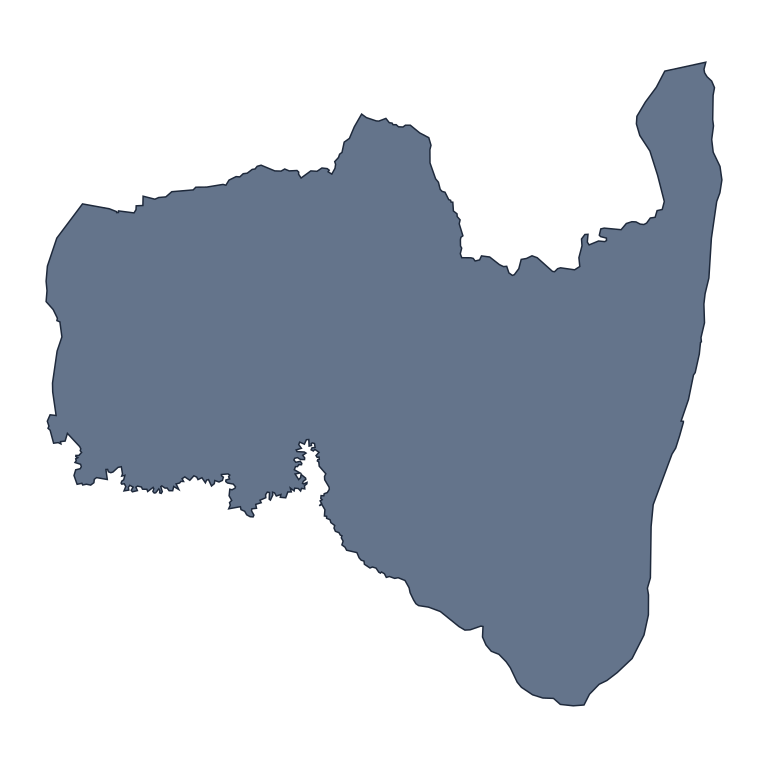 Nong Ruea, Khon Kaen, Thailand
{"feature_id": "78962969B72555915440890", "entity_name": "Nong Ruea", "entity_type": "district", "adm_level": 2, "iso_a3": "THA", "parent_name": "Thailand", "parent_adm1": "Khon Kaen", "projection": "albers", "projection_center": [102.4, 16.491], "detail": "fine", "context": "isolated", "style": "filled", "palette": "slate", "viewbox_px": 768, "rotation_deg": 0, "n_neighbors": 0, "source": "geoboundaries", "source_scale": "gbopen_adm2", "svg_char_len": 6072}
<svg xmlns="http://www.w3.org/2000/svg" viewBox="0 0 768 768"><path d="M705.8,62.2L664.8,71.1L656.3,87.3L645.4,102.0L636.9,116.3L636.4,123.9L639.8,135.5L649.9,151.0L657.6,175.3L664.3,201.5L662.2,209.5L657.1,210.6L655.1,217.3L650.3,218.0L646.6,223.1L643.9,224.5L640.2,224.1L636.0,221.9L631.9,221.7L626.3,223.5L621.1,229.7L604.2,228.1L600.8,228.9L599.3,235.2L600.6,236.6L606.4,238.1L606.5,240.5L604.8,241.6L598.5,241.0L589.1,244.9L587.3,242.1L588.0,234.3L584.9,234.5L581.5,239.0L582.0,245.8L578.9,257.7L579.8,266.5L574.6,269.8L560.5,267.8L557.6,268.7L554.6,271.7L552.5,271.4L537.2,257.7L532.0,255.8L526.4,258.5L521.2,259.4L518.8,268.7L514.3,274.7L512.4,275.4L508.9,272.9L506.7,266.3L503.5,266.6L499.4,264.6L489.7,257.0L481.5,255.9L479.6,259.9L475.1,261.0L473.2,258.4L470.9,257.8L461.7,257.7L460.3,253.7L461.7,248.1L460.5,246.0L460.4,239.8L460.9,237.3L462.9,235.8L459.2,223.8L460.1,219.9L457.2,216.6L457.0,213.8L453.4,211.0L452.8,202.2L451.1,202.1L450.6,200.3L448.7,199.6L445.0,192.2L442.1,191.4L440.2,189.4L438.4,182.2L435.6,178.8L430.0,162.9L429.9,149.7L431.0,145.3L428.8,137.7L419.7,132.9L410.3,125.2L405.4,125.2L403.0,127.0L398.5,126.8L396.2,124.7L393.0,124.7L392.1,123.1L389.3,122.7L385.9,118.4L378.8,121.1L376.2,120.9L366.4,117.6L361.6,114.1L354.3,126.8L349.4,138.4L344.2,142.1L342.0,152.4L339.6,154.2L338.5,157.5L334.7,161.6L335.6,164.3L335.0,168.3L331.8,174.1L328.1,171.8L329.2,170.2L327.2,168.6L321.9,168.0L317.0,171.3L310.8,170.9L301.1,178.0L298.6,174.2L298.7,172.1L297.0,170.5L289.2,170.9L284.7,169.0L281.1,171.1L274.8,170.9L261.1,165.2L257.2,166.3L255.0,169.0L252.2,169.4L247.2,173.2L243.2,173.7L239.8,176.9L236.1,176.6L229.0,180.1L225.9,185.2L223.0,184.4L206.6,187.1L195.8,187.2L193.2,189.9L171.8,191.7L165.8,196.9L158.7,197.5L154.9,199.2L143.1,196.2L142.9,205.5L136.2,205.8L136.0,209.7L134.0,212.9L118.5,210.9L118.4,212.5L116.6,212.6L116.5,211.6L109.4,208.8L82.5,203.9L56.8,238.1L47.4,266.1L46.1,281.2L47.0,290.7L46.1,301.6L53.2,309.6L57.4,318.2L56.9,320.6L59.9,321.9L61.9,336.9L57.1,351.1L52.5,383.1L52.7,391.9L56.1,415.5L50.1,414.8L47.3,421.2L48.9,426.1L48.0,428.3L50.1,430.2L53.6,443.2L58.2,442.6L60.9,443.9L60.5,441.6L65.1,441.1L67.4,433.4L79.7,446.6L80.8,448.8L80.2,450.7L81.6,452.4L78.9,455.4L75.9,455.4L75.8,456.5L77.8,457.7L75.7,458.8L76.2,460.7L75.0,462.5L80.6,464.3L81.3,466.7L80.2,468.7L75.7,469.8L74.0,475.5L77.1,484.3L81.9,483.3L82.7,485.0L86.4,484.2L90.7,485.1L93.9,482.7L94.3,479.3L96.6,477.6L107.3,479.5L105.9,469.5L107.6,469.4L108.4,471.8L110.8,472.7L113.0,472.0L118.0,467.4L121.3,466.7L122.5,473.9L121.7,476.1L124.9,475.3L123.7,479.8L121.8,481.1L121.1,483.1L121.7,484.1L124.3,483.8L125.8,486.5L124.0,490.9L128.8,490.1L128.4,487.3L129.8,485.3L133.1,487.1L131.2,490.3L132.4,491.8L137.4,490.6L135.9,487.2L137.5,486.1L141.4,487.0L142.5,489.2L146.9,489.3L147.7,491.5L153.1,487.4L153.8,488.7L152.9,491.5L154.2,493.0L155.7,492.8L158.8,488.9L159.9,490.6L159.6,492.8L161.2,493.4L162.3,491.7L160.8,486.6L161.8,485.9L165.0,488.1L167.1,488.0L169.1,490.7L172.7,490.7L173.7,486.5L178.8,489.5L176.1,483.9L179.6,483.0L180.9,481.4L183.6,481.5L182.1,478.7L184.8,476.9L189.8,480.3L193.9,475.8L196.7,477.1L198.0,479.6L201.9,477.7L205.4,482.8L206.6,480.1L208.5,479.6L211.5,486.0L214.3,483.7L214.8,480.5L219.0,482.0L222.4,480.4L223.4,477.2L221.5,475.8L221.4,474.5L228.0,473.9L229.8,475.1L228.6,476.7L229.6,478.9L225.9,480.0L225.8,481.6L227.5,483.0L233.3,484.1L235.5,486.8L234.9,488.3L232.0,489.8L229.8,489.2L229.1,495.8L231.7,500.4L229.5,502.6L230.3,505.1L228.7,508.8L240.4,506.7L241.0,509.6L244.7,511.3L246.7,514.8L250.1,516.7L253.1,516.9L253.9,515.1L251.5,510.8L251.9,508.8L256.5,508.3L255.7,504.4L261.2,502.7L260.0,500.2L265.8,497.7L265.6,494.7L267.3,492.1L269.5,492.5L269.2,499.2L270.4,500.1L272.8,495.0L272.6,492.2L274.5,492.8L276.3,496.0L280.9,494.5L280.3,497.3L285.7,497.8L287.8,492.0L291.3,491.9L290.3,488.0L294.1,490.9L294.7,488.2L298.3,488.5L300.6,491.0L301.5,488.4L304.8,488.9L304.5,485.7L306.9,483.8L307.0,482.4L303.6,483.9L302.5,483.4L303.3,481.3L305.8,479.4L305.6,478.1L301.1,474.4L300.6,477.6L298.7,479.6L295.1,474.0L300.1,473.0L294.3,469.7L295.5,466.6L297.5,466.6L298.7,464.7L301.5,464.7L301.8,463.3L300.2,461.3L295.8,462.3L293.9,460.0L294.7,458.3L297.4,457.6L300.6,459.5L304.5,459.6L304.7,457.9L302.7,455.3L306.0,453.1L304.3,452.0L297.0,451.6L296.2,449.9L301.4,448.3L298.7,444.5L299.7,442.1L304.4,444.2L306.4,439.7L308.8,439.5L309.1,446.1L311.5,445.5L311.2,443.6L312.3,442.9L314.5,443.5L315.1,447.4L312.0,447.8L311.1,449.8L313.3,451.0L314.9,449.4L319.0,452.3L316.0,455.6L317.1,457.3L319.1,457.1L319.3,459.4L317.8,459.6L317.3,460.9L318.8,462.0L319.2,466.2L325.8,473.8L324.5,476.5L324.7,479.8L329.1,487.2L329.3,489.3L327.3,492.6L324.2,493.7L323.8,495.8L321.1,495.6L320.8,498.3L322.1,499.7L320.1,500.9L321.6,503.3L319.3,505.8L321.8,504.4L324.9,509.7L324.4,516.0L326.6,516.3L326.6,518.3L330.0,519.7L330.9,522.6L334.7,525.5L334.0,528.1L335.4,531.3L339.0,532.7L340.3,535.1L341.9,535.7L341.3,537.9L343.1,541.1L341.9,544.9L345.0,547.2L346.6,550.2L356.9,552.6L359.1,557.8L361.2,560.2L364.0,561.1L364.4,564.3L370.0,568.0L372.4,567.0L376.0,568.1L378.8,572.2L380.4,573.1L381.5,572.0L384.4,573.7L386.3,577.4L389.4,576.5L394.7,578.4L398.1,577.7L405.0,580.5L409.1,587.8L410.1,592.7L413.6,600.0L415.9,603.7L418.6,605.6L428.4,607.1L440.3,611.5L459.0,626.6L464.9,630.1L470.2,629.8L480.9,626.1L483.0,626.5L482.5,637.0L486.0,645.0L491.3,651.3L498.9,654.3L506.1,661.7L510.3,667.7L517.2,682.2L521.4,687.3L532.6,694.8L542.8,698.0L553.5,698.4L560.3,704.4L573.3,705.8L584.0,705.0L589.5,694.2L599.1,684.3L606.9,680.5L617.2,672.6L632.1,658.5L644.0,635.0L648.4,614.9L648.5,594.9L647.4,588.2L650.4,577.9L651.1,526.7L653.2,504.7L672.0,454.1L675.7,448.1L679.7,435.5L683.4,422.3L683.4,421.3L681.1,421.1L688.5,399.5L693.5,375.0L695.2,372.6L699.3,354.1L700.5,342.5L701.4,341.8L701.0,337.6L704.5,322.8L703.9,304.1L705.1,293.7L708.9,278.0L711.4,238.3L716.7,201.5L719.9,192.8L721.9,179.9L720.0,166.4L713.2,152.2L711.7,139.5L713.5,125.9L712.7,119.7L713.1,95.3L714.5,87.7L711.7,81.1L707.1,76.8L704.6,72.8L704.0,69.3L705.8,62.2Z" fill="#64748b" stroke="#1e293b" stroke-width="1.5"/></svg>